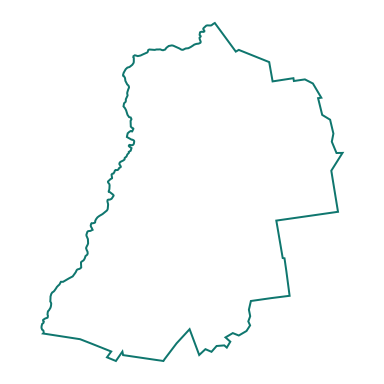 the district of Grafton, New Hampshire, United States of America
{"feature_id": "52423323B26223057606715", "entity_name": "Grafton", "entity_type": "district", "adm_level": 2, "iso_a3": "USA", "parent_name": "United States of America", "parent_adm1": "New Hampshire", "projection": "natural_earth1", "projection_center": [-72.019, 43.968], "detail": "fine", "context": "isolated", "style": "outline", "palette": "teal", "viewbox_px": 384, "rotation_deg": 0, "n_neighbors": 0, "source": "geoboundaries", "source_scale": "gbopen_adm2", "svg_char_len": 3979}
<svg xmlns="http://www.w3.org/2000/svg" viewBox="0 0 384 384"><path d="M214.8,23.0L214.1,23.4L212.7,24.3L211.9,25.0L210.9,25.5L207.2,25.4L206.2,25.7L203.7,28.0L203.3,28.6L203.3,29.2L204.4,30.9L204.3,31.5L203.3,31.9L201.7,31.7L200.4,32.1L200.0,32.4L199.6,34.9L199.8,35.2L200.6,36.0L200.7,36.4L200.5,36.8L199.7,37.5L199.5,37.9L199.8,39.4L200.6,41.4L200.7,41.9L200.5,42.6L200.0,43.0L198.7,43.6L196.4,43.9L194.3,44.6L192.9,45.6L190.9,46.9L188.4,48.2L185.6,48.5L183.2,49.7L182.4,49.8L181.3,49.6L179.5,48.5L173.3,45.7L171.9,45.4L168.7,46.0L166.4,47.8L165.2,49.5L163.2,50.2L162.1,50.1L160.3,49.4L156.3,49.5L154.8,49.9L149.3,49.5L148.3,50.0L147.7,51.9L147.2,52.5L142.9,54.4L140.6,55.5L139.2,55.8L137.8,56.1L135.8,55.5L134.8,55.3L133.5,56.1L133.3,57.3L133.8,57.9L133.8,61.4L133.7,62.5L133.4,63.2L132.3,64.8L131.7,65.3L129.5,67.0L127.4,67.6L125.7,69.2L123.7,72.7L123.0,75.1L123.4,76.1L124.0,76.2L125.0,78.0L125.4,80.9L127.2,84.4L128.4,85.5L128.9,86.6L129.0,87.6L128.2,89.5L127.3,92.4L127.2,93.7L127.6,95.2L127.5,95.5L127.4,95.9L125.8,99.3L125.9,100.1L125.7,101.6L125.3,102.2L124.3,103.0L124.0,103.6L123.5,106.4L125.0,108.2L126.1,110.3L127.5,114.8L129.1,117.1L130.7,117.5L131.2,118.6L131.4,119.0L131.4,119.4L130.6,120.8L130.6,121.2L130.8,126.6L132.1,127.9L133.2,128.4L133.4,128.8L132.2,131.4L131.8,131.4L131.2,131.0L130.8,131.0L129.5,131.7L127.7,133.3L127.0,136.2L126.9,137.0L131.5,139.6L132.4,139.7L133.6,140.3L134.1,140.9L134.2,141.7L133.9,143.5L133.6,144.2L133.2,144.7L132.6,145.1L131.4,145.2L129.5,144.9L129.1,145.2L128.8,145.9L129.2,146.5L131.5,148.1L130.7,150.7L128.8,151.9L128.9,152.8L127.3,154.5L126.5,156.5L126.2,156.8L125.7,157.1L124.7,158.0L124.5,159.5L123.4,160.4L120.8,161.7L120.1,162.2L119.6,162.9L119.4,163.5L119.4,164.2L120.6,166.1L120.8,166.8L120.6,167.2L119.5,167.8L119.4,167.9L118.8,168.4L118.7,169.0L117.7,170.0L116.1,170.1L115.6,170.0L115.0,170.5L114.7,171.0L114.5,171.8L113.5,173.5L112.4,173.7L111.6,174.5L111.7,175.8L112.1,177.8L112.0,178.3L110.4,179.2L108.0,181.5L108.1,182.5L109.3,184.0L109.6,185.2L109.4,188.8L109.2,189.9L108.7,191.2L108.7,191.6L108.8,191.9L109.8,192.1L112.9,194.5L113.5,195.2L113.6,195.7L111.8,198.5L111.4,198.9L109.8,199.6L108.5,199.6L107.7,199.9L107.5,200.5L107.4,201.3L108.1,204.3L108.1,204.9L107.7,209.0L107.3,209.9L106.8,210.6L102.5,214.1L99.4,215.9L97.5,217.3L96.2,219.0L95.3,220.7L95.1,222.4L94.6,222.8L92.7,223.3L91.6,223.2L91.3,223.6L91.0,224.2L90.7,225.8L91.2,227.1L91.9,228.2L92.0,228.5L92.2,229.0L92.6,229.8L90.4,230.9L89.0,231.0L87.9,231.3L87.3,232.0L86.4,234.8L86.5,235.8L87.9,239.1L88.1,243.3L87.7,244.6L86.9,246.1L86.2,247.6L86.1,248.3L86.8,250.3L87.5,251.6L87.7,253.3L87.3,254.6L85.5,256.1L84.7,258.5L84.0,259.7L83.6,260.3L81.4,261.8L81.0,262.4L81.0,263.3L81.2,267.5L80.4,268.3L79.4,268.9L77.6,269.4L77.1,269.7L76.5,270.5L75.9,271.9L75.4,272.7L72.7,276.4L68.9,278.4L63.1,281.8L60.9,281.8L59.4,284.6L58.3,285.5L56.8,287.1L56.1,288.3L54.5,290.6L53.7,291.5L52.2,292.5L51.3,293.9L50.5,296.6L50.5,297.9L50.3,301.5L50.8,302.3L51.2,303.4L51.1,305.0L50.8,306.7L50.4,307.9L48.8,310.5L48.2,311.0L47.8,311.9L47.5,314.5L47.9,315.6L47.8,317.0L47.5,317.7L45.2,318.5L43.8,319.4L43.2,319.8L43.1,320.2L43.1,320.9L43.8,321.5L43.8,321.8L43.3,323.1L42.2,323.9L41.6,326.1L41.5,327.9L42.1,329.6L43.1,330.3L43.5,330.9L43.5,331.1L43.7,332.5L43.4,333.2L43.1,333.5L80.1,339.2L91.4,343.6L111.2,351.5L107.0,357.3L115.9,361.0L122.4,351.6L123.1,355.1L163.4,361.0L164.7,359.0L176.6,343.3L189.6,329.2L199.2,355.0L205.4,349.2L211.5,351.8L216.6,346.0L224.3,345.4L226.8,347.6L230.3,341.7L225.5,337.4L232.8,333.1L238.8,335.5L246.5,331.0L250.1,325.4L248.3,321.4L250.2,316.2L248.9,309.7L250.9,301.0L271.3,298.1L289.6,295.8L286.4,271.5L284.5,258.3L282.7,258.0L277.5,227.5L276.3,220.6L338.0,211.8L332.6,178.8L331.3,170.7L342.5,152.9L336.5,153.0L331.8,141.7L333.4,133.6L330.1,119.7L322.2,114.9L318.1,98.2L321.3,97.7L312.9,83.5L304.9,79.4L293.9,81.0L293.4,78.2L272.6,81.4L269.2,62.1L238.8,49.9L235.8,51.6L214.8,23.0Z" fill="none" stroke="#0f766e" stroke-width="2"/></svg>